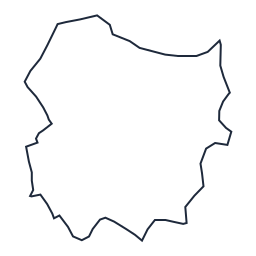 Taegwan, P'yŏngan-bukto, North Korea (Natural Earth projection)
{"feature_id": "82179303B79358107253704", "entity_name": "Taegwan", "entity_type": "district", "adm_level": 2, "iso_a3": "PRK", "parent_name": "North Korea", "parent_adm1": "P'yŏngan-bukto", "projection": "natural_earth1", "projection_center": [125.481, 39.935], "detail": "fine", "context": "isolated", "style": "outline", "palette": "slate", "viewbox_px": 256, "rotation_deg": 0, "n_neighbors": 0, "source": "geoboundaries", "source_scale": "gbopen_adm2", "svg_char_len": 977}
<svg xmlns="http://www.w3.org/2000/svg" viewBox="0 0 256 256"><path d="M54.0,218.3L59.4,215.5L68.0,226.9L73.0,236.4L81.8,240.2L89.0,236.5L92.7,229.0L100.0,219.6L105.4,217.7L114.1,221.6L126.4,229.2L135.1,234.9L142.0,240.6L147.6,229.3L154.9,220.0L165.5,220.0L174.4,222.0L183.2,223.9L186.6,223.0L185.3,207.0L194.4,195.7L203.5,186.3L202.0,173.1L200.5,163.6L206.1,148.6L215.1,143.0L227.4,144.9L231.3,131.7L226.0,127.9L219.1,120.3L219.3,110.9L223.1,101.5L228.6,94.0L229.8,92.7L223.6,76.9L220.3,65.6L220.8,44.8L219.6,40.6L207.7,51.9L196.4,56.0L177.9,56.0L165.2,54.6L139.6,47.9L129.7,41.1L112.7,34.3L109.8,24.8L97.1,15.4L80.1,19.4L65.9,22.1L57.6,24.1L56.0,27.5L47.4,45.1L40.3,58.7L30.4,70.9L24.7,81.7L27.6,87.1L36.1,96.6L43.2,107.4L47.4,115.5L48.8,119.6L51.7,123.7L43.1,130.4L38.9,133.2L36.0,138.6L37.5,142.6L26.1,146.7L28.9,161.6L31.8,172.4L31.8,180.6L33.2,190.0L30.1,196.0L31.5,196.4L40.4,194.6L47.2,204.1L52.3,213.6L54.0,218.3Z" fill="none" stroke="#1e293b" stroke-width="2"/></svg>